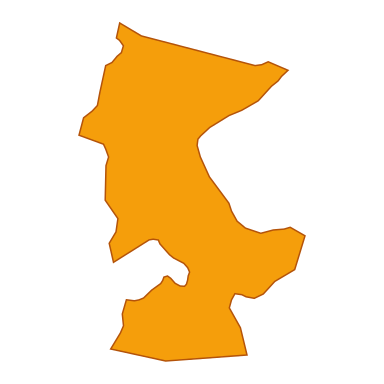 an SVG outline of Šentjur pri Celju
{"feature_id": "SVN-220", "entity_name": "Šentjur pri Celju", "entity_type": "Municipality", "adm_level": 1, "iso_a3": "SVN", "parent_name": "Slovenia", "parent_adm1": "", "projection": "robinson", "projection_center": [15.433, 46.187], "detail": "fine", "context": "isolated", "style": "filled", "palette": "amber", "viewbox_px": 384, "rotation_deg": 0, "n_neighbors": 0, "source": "natural_earth", "source_scale": "10m", "svg_char_len": 1190}
<svg xmlns="http://www.w3.org/2000/svg" viewBox="0 0 384 384"><path d="M105.2,200.2L106.0,165.6L108.6,157.0L105.7,149.0L103.5,144.2L79.0,135.2L83.6,117.8L92.3,111.0L97.4,105.5L99.9,92.3L105.7,65.6L112.0,62.5L117.1,56.3L121.4,52.6L123.4,45.8L119.5,40.3L116.4,38.0L119.7,23.0L141.3,35.9L255.1,65.6L261.7,64.7L268.2,61.8L288.0,70.3L281.5,76.4L278.1,80.9L271.5,86.2L258.2,100.8L241.7,110.3L229.1,115.5L209.8,127.4L200.6,135.9L197.9,139.2L197.1,145.5L200.3,156.9L209.4,176.9L228.9,203.2L231.5,211.1L237.1,221.2L245.4,228.1L260.8,233.3L273.2,230.0L284.1,229.1L290.2,227.3L305.0,235.8L294.7,269.6L274.8,281.4L263.3,294.0L254.3,298.3L246.1,296.8L241.9,294.7L234.9,293.7L231.5,299.9L229.3,307.9L240.4,327.7L247.0,355.0L165.6,361.0L110.7,349.0L120.4,333.0L123.5,325.8L122.3,314.0L126.4,299.8L134.4,300.8L139.0,299.9L143.6,298.0L151.7,290.1L160.7,283.6L162.7,280.5L163.9,277.1L167.5,276.0L170.7,278.3L175.1,283.3L180.1,286.0L184.5,286.3L186.4,284.3L187.6,280.2L188.2,275.9L189.6,272.1L187.7,267.7L183.8,263.3L173.6,258.0L169.5,254.7L160.0,244.0L158.3,240.0L153.2,239.2L149.1,239.9L113.5,262.3L109.2,243.3L116.0,231.9L117.9,218.6L105.2,200.2Z" fill="#f59e0b" stroke="#b45309" stroke-width="1.5"/></svg>